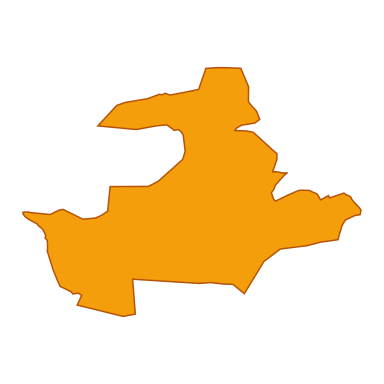 Shagari, Sokoto, Nigeria, rotated 90°
{"feature_id": "59680162B23595872951211", "entity_name": "Shagari", "entity_type": "district", "adm_level": 2, "iso_a3": "NGA", "parent_name": "Nigeria", "parent_adm1": "Sokoto", "projection": "equal_earth", "projection_center": [5.089, 12.543], "detail": "fine", "context": "isolated", "style": "filled", "palette": "amber", "viewbox_px": 384, "rotation_deg": 90, "n_neighbors": 0, "source": "geoboundaries", "source_scale": "gbopen_adm2", "svg_char_len": 1710}
<svg xmlns="http://www.w3.org/2000/svg" viewBox="0 0 384 384"><g transform="rotate(90 192 192)"><path d="M286.4,323.9L291.8,312.8L294.1,311.1L293.0,306.0L295.4,302.3L305.1,306.8L316.4,260.9L314.1,248.7L279.2,251.4L283.4,185.0L282.6,172.9L284.0,161.0L284.1,157.1L284.3,151.1L293.7,139.7L261.5,120.1L249.0,103.7L246.3,82.0L245.8,77.5L242.0,62.6L239.7,46.0L234.5,44.7L225.1,41.7L219.9,38.5L218.6,35.7L215.5,29.0L214.7,23.9L210.2,23.0L208.6,24.0L207.5,24.9L204.7,27.5L201.7,30.3L199.1,32.4L197.6,32.9L196.2,34.3L195.5,36.1L195.2,37.0L194.4,38.1L193.1,40.1L197.9,54.4L195.6,55.5L199.9,63.3L194.0,66.9L190.4,75.0L190.2,82.8L190.6,85.7L195.0,95.9L201.1,108.4L199.3,110.4L192.7,112.6L189.2,110.1L185.1,108.5L179.5,103.6L175.2,99.7L172.6,96.5L173.1,99.3L172.7,102.9L171.8,107.0L171.7,111.3L159.6,107.1L153.6,107.1L149.8,111.6L132.4,130.6L131.0,136.9L130.7,144.2L130.5,149.1L128.0,147.3L125.2,142.5L123.1,129.3L119.4,124.2L111.0,127.6L105.9,132.3L101.8,135.6L86.9,135.4L68.3,143.2L67.8,154.8L67.6,166.1L68.4,178.1L89.5,185.4L95.1,213.9L93.3,218.9L94.8,222.0L94.3,224.5L98.7,236.6L102.3,258.1L105.4,267.2L125.9,286.2L129.5,247.6L125.8,227.4L124.9,217.2L129.1,211.3L130.4,209.8L129.6,205.7L131.3,203.3L134.9,200.8L151.3,198.8L159.4,201.3L181.2,225.7L186.4,235.6L186.6,273.9L211.1,276.3L215.3,282.5L218.0,288.4L219.2,301.1L209.4,320.9L210.0,324.7L214.5,333.8L212.6,353.5L212.1,354.9L212.1,357.4L212.1,360.9L214.0,361.0L216.7,358.9L217.6,357.7L218.9,356.0L222.0,350.5L222.4,349.8L223.6,347.3L226.0,345.3L226.8,344.2L227.6,343.1L229.8,341.0L235.3,338.3L238.0,338.9L239.6,337.4L240.3,336.8L243.6,336.5L248.9,336.5L250.9,336.8L269.5,331.0L280.4,326.6L286.4,323.9Z" fill="#f59e0b" stroke="#b45309" stroke-width="1.5"/></g></svg>